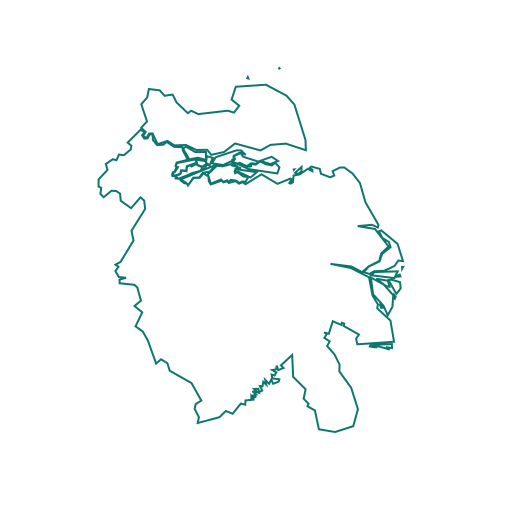 outline of Kubu Raya, Kalimantan Barat, Indonesia, rotated 162°
{"feature_id": "22746128B69090577702614", "entity_name": "Kubu Raya", "entity_type": "district", "adm_level": 2, "iso_a3": "IDN", "parent_name": "Indonesia", "parent_adm1": "Kalimantan Barat", "projection": "albers", "projection_center": [109.326, -0.379], "detail": "fine", "context": "isolated", "style": "outline", "palette": "teal", "viewbox_px": 512, "rotation_deg": 162, "n_neighbors": 0, "source": "geoboundaries", "source_scale": "gbopen_adm2", "svg_char_len": 6179}
<svg xmlns="http://www.w3.org/2000/svg" viewBox="0 0 512 512"><g transform="rotate(162 256 256)"><path d="M382.1,368.7L384.8,363.2L382.7,359.0L373.2,362.7L368.9,361.0L366.0,357.3L367.6,350.3L360.0,340.1L347.7,347.5L345.2,343.2L346.9,335.0L366.6,318.5L367.7,308.6L386.7,292.2L392.3,291.2L390.1,288.3L394.4,285.0L392.8,278.3L386.3,275.4L393.1,275.7L394.1,272.2L380.6,266.2L378.6,262.7L379.2,249.1L387.0,246.0L381.6,237.6L392.3,226.3L387.0,219.1L385.0,209.2L384.2,184.6L378.2,187.1L373.4,181.4L373.5,173.5L356.6,155.1L352.7,135.4L359.2,133.7L361.6,129.6L360.1,120.3L363.1,115.2L340.5,114.0L332.6,117.9L327.0,113.2L316.0,120.3L312.2,117.9L310.6,121.9L305.0,120.6L303.8,124.0L302.9,119.4L301.9,122.6L299.4,121.7L302.0,124.3L298.6,124.1L301.1,128.4L296.6,125.7L298.9,130.1L294.8,129.0L295.3,125.5L291.7,126.1L292.4,131.1L290.1,130.0L288.0,134.1L286.0,130.4L285.5,135.3L283.0,130.4L279.7,133.8L279.2,129.2L273.3,129.5L271.9,131.5L278.3,134.6L277.8,138.4L275.3,136.6L272.6,139.0L275.8,142.5L271.8,142.0L270.2,145.3L270.1,140.6L264.4,141.0L266.1,144.3L252.2,150.7L258.0,129.6L250.0,113.9L254.8,105.6L251.7,99.2L253.5,97.2L247.7,90.9L249.7,71.8L235.3,64.2L216.1,64.1L206.4,78.8L206.2,101.3L212.4,120.5L210.1,126.9L211.8,138.3L216.2,148.4L212.3,152.1L216.3,157.0L212.8,160.0L214.9,162.3L210.8,159.5L203.1,170.2L196.0,163.9L195.0,166.0L193.0,164.5L194.1,162.2L182.4,149.5L186.4,146.3L186.9,140.7L151.2,131.8L148.1,153.1L156.9,168.8L155.0,172.2L157.4,182.4L155.1,200.8L169.4,215.2L187.6,225.5L168.6,216.6L160.1,207.9L152.1,211.3L140.3,213.2L136.2,219.7L127.0,224.1L134.5,244.9L150.0,253.0L136.0,249.8L131.4,245.5L129.9,247.7L135.3,273.3L134.6,293.3L138.7,304.6L144.7,312.9L148.9,314.2L156.9,313.0L156.7,308.3L161.1,307.9L168.8,314.1L168.4,319.1L175.7,324.0L178.2,323.0L175.7,320.8L176.2,319.2L179.7,322.9L189.3,320.1L195.4,320.9L198.1,314.7L200.9,314.2L201.4,314.6L201.2,315.6L198.4,317.8L199.2,319.0L213.3,318.0L225.5,332.0L243.9,327.5L245.7,330.3L249.8,330.0L252.3,333.5L259.4,333.9L260.2,336.0L264.3,336.1L265.4,338.3L276.9,338.0L277.8,341.7L276.6,346.2L280.4,350.9L285.4,347.8L291.3,349.5L298.9,344.1L299.3,346.0L301.9,347.6L304.4,351.3L304.0,352.3L302.0,353.0L305.5,353.3L308.5,354.6L308.1,355.6L308.4,356.5L308.2,357.2L310.8,357.8L310.7,359.0L309.4,361.2L307.3,361.3L304.9,364.2L303.4,364.8L304.4,365.6L304.7,366.5L302.6,369.4L291.2,368.6L293.0,379.2L292.3,382.2L300.3,385.2L305.6,392.1L309.7,390.5L315.8,392.0L318.2,398.3L316.8,403.4L319.6,404.7L322.7,401.4L325.9,402.1L327.1,405.9L323.6,408.5L326.9,411.7L343.0,403.5L340.4,399.3L342.2,396.0L350.6,392.7L355.0,394.8L359.1,390.2L362.3,392.3L370.4,389.9L370.6,383.8L382.0,377.5L384.3,370.7L382.1,368.7ZM175.9,341.2L173.1,350.9L172.7,388.2L177.5,399.1L193.6,415.8L222.9,423.2L230.9,412.3L225.5,404.1L232.6,399.2L237.9,402.9L267.1,408.8L272.8,414.2L276.7,412.9L284.1,426.6L285.4,435.3L293.4,436.6L296.4,443.3L306.3,447.9L310.5,440.4L318.2,435.8L318.1,417.6L325.6,413.4L322.6,408.1L326.4,405.1L323.7,402.1L319.7,405.5L316.5,404.5L315.0,392.8L304.6,392.8L299.6,386.5L288.3,383.2L279.8,375.2L269.6,372.1L267.3,366.0L254.1,364.8L241.2,369.5L219.1,355.0L207.8,357.2L192.8,353.6L175.9,341.2ZM138.5,202.3L127.4,203.7L122.0,207.7L117.8,205.7L117.6,223.8L129.0,241.7L131.4,241.5L130.3,234.2L125.3,228.2L125.3,222.8L135.4,219.0L140.1,212.7L152.1,211.1L158.5,207.3L153.7,203.9L148.2,205.0L138.5,202.3ZM246.2,331.2L243.1,329.8L238.7,333.5L243.5,335.5L247.7,341.5L250.3,341.2L250.2,342.9L248.6,345.1L243.1,344.1L250.7,349.4L250.9,349.7L251.0,351.0L260.1,351.6L265.3,353.9L276.5,348.6L276.6,338.7L265.7,339.6L264.1,336.7L259.9,336.9L259.1,334.5L256.6,336.2L251.8,334.0L249.0,330.5L246.2,331.2ZM156.5,183.5L150.1,169.2L149.0,158.9L141.9,165.6L137.6,176.3L143.4,189.5L153.4,200.0L156.5,183.5ZM210.2,327.9L206.3,333.1L209.0,338.8L212.9,337.2L218.4,340.3L222.8,344.6L228.1,343.0L232.1,345.1L232.9,342.9L233.7,342.8L237.5,344.0L241.6,346.8L242.8,349.3L244.3,348.5L236.3,341.0L210.2,327.9ZM259.1,352.7L250.1,353.8L248.9,352.8L248.9,354.8L248.7,355.1L246.1,355.1L246.9,357.1L246.2,358.2L239.9,359.2L238.4,358.9L234.6,355.4L237.5,361.0L241.8,362.5L263.9,362.4L269.2,357.7L259.1,352.7ZM305.8,353.5L295.8,354.0L291.3,354.6L282.4,354.2L280.6,355.9L277.2,355.1L275.1,357.9L280.0,357.4L283.7,360.4L284.2,362.0L289.6,361.0L290.6,362.6L294.1,362.2L295.9,358.1L300.7,360.3L301.8,358.1L302.5,357.4L308.3,356.7L305.8,353.5ZM281.2,367.5L273.9,362.9L271.5,370.4L281.6,373.6L288.8,381.6L292.2,380.6L289.5,368.5L281.2,367.5ZM237.0,344.3L231.9,345.7L227.2,343.6L224.7,345.1L237.6,354.4L238.8,358.6L246.2,357.9L246.1,354.7L249.0,352.6L250.4,353.5L245.1,349.7L242.6,349.6L237.0,344.3ZM303.9,352.1L299.5,346.8L298.6,344.4L291.4,349.9L285.8,348.2L280.9,351.5L273.6,350.5L267.0,355.0L303.9,352.1ZM152.4,202.1L131.2,192.2L126.0,197.6L148.2,204.1L152.4,202.1ZM309.0,357.6L302.7,357.6L300.7,360.7L296.0,358.7L294.1,362.8L283.6,363.1L283.9,366.6L302.6,368.8L304.5,366.2L302.7,364.6L307.1,361.0L309.9,360.1L309.0,357.6ZM236.9,332.3L229.4,335.5L248.6,344.9L249.7,342.0L247.1,341.9L236.9,332.3ZM137.5,192.1L134.2,176.6L128.4,180.5L127.1,186.6L134.4,191.6L137.5,192.1ZM157.7,125.7L160.6,129.2L155.1,126.4L154.0,130.2L172.4,135.5L157.7,125.7ZM213.9,339.0L205.7,339.6L210.5,345.5L222.7,345.2L213.9,339.0ZM148.6,197.2L141.7,187.3L138.5,185.5L138.2,191.7L148.6,197.2ZM275.4,358.7L272.7,356.5L274.6,358.6L274.8,361.8L283.2,366.2L283.6,360.8L279.5,357.6L275.4,358.7ZM271.8,366.1L274.7,360.3L272.1,356.6L266.8,362.7L271.8,366.1ZM190.6,320.9L186.6,322.5L185.2,326.6L193.1,323.0L190.6,320.9ZM246.8,348.0L248.4,351.0L250.6,351.2L250.6,349.4L246.8,348.0ZM153.0,172.5L153.1,168.1L151.7,167.7L151.4,169.4L153.0,172.5ZM136.7,176.6L138.1,174.3L137.2,172.4L135.8,174.0L136.7,176.6ZM201.1,315.5L198.4,314.8L198.2,317.2L201.1,315.5ZM125.0,192.0L125.1,193.9L128.7,193.4L128.7,192.8L125.0,192.0ZM173.7,135.3L172.9,133.4L170.3,132.3L172.1,134.5L173.7,135.3ZM174.9,135.7L175.7,134.8L173.8,133.8L174.9,135.7ZM120.4,200.5L120.9,198.8L119.4,200.2L120.4,200.5ZM176.9,426.9L175.6,427.2L175.7,427.5L176.9,426.9ZM209.3,427.8L208.4,427.2L208.5,428.6L209.3,427.8ZM169.7,132.4L170.0,132.1L169.0,131.6L169.7,132.4ZM193.4,326.6L193.4,326.2L192.9,326.5L193.4,326.6Z" fill="none" stroke="#0f766e" stroke-width="2"/></g></svg>